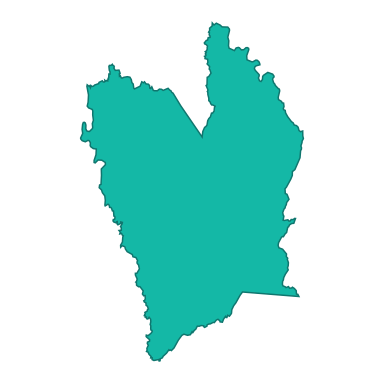 outline of Cavalcante, Goiás, Brazil
{"feature_id": "56859067B42451354994867", "entity_name": "Cavalcante", "entity_type": "district", "adm_level": 2, "iso_a3": "BRA", "parent_name": "Brazil", "parent_adm1": "Goiás", "projection": "equal_earth", "projection_center": [-47.734, -13.642], "detail": "fine", "context": "isolated", "style": "filled", "palette": "teal", "viewbox_px": 384, "rotation_deg": 0, "n_neighbors": 0, "source": "geoboundaries", "source_scale": "gbopen_adm2", "svg_char_len": 5894}
<svg xmlns="http://www.w3.org/2000/svg" viewBox="0 0 384 384"><path d="M227.8,27.1L222.1,26.9L220.2,25.1L216.3,23.2L214.0,25.0L212.3,23.0L212.1,26.0L209.6,28.2L209.7,30.4L208.6,32.2L209.4,32.7L209.2,34.8L210.0,36.0L210.0,37.4L208.2,37.6L207.6,40.1L206.3,40.4L204.3,42.9L204.7,43.9L206.2,44.6L207.5,46.0L207.1,48.0L207.3,49.0L206.5,50.8L205.2,51.7L206.2,52.7L205.3,53.9L206.0,55.0L205.7,55.8L204.5,56.3L205.3,57.5L205.0,58.6L207.6,59.3L207.9,62.3L207.1,63.9L209.6,66.6L209.2,69.1L209.9,69.8L211.0,73.1L208.7,76.6L207.2,77.3L207.0,84.8L206.1,85.5L207.8,89.5L207.9,90.4L207.3,91.6L207.8,92.2L207.9,94.7L208.8,98.2L208.8,100.7L210.1,102.0L210.7,103.7L211.8,105.0L212.6,104.9L215.1,106.2L214.4,107.7L214.1,111.1L212.5,113.2L211.5,113.1L210.4,116.9L208.8,118.6L207.7,120.7L207.0,125.0L205.9,126.5L204.6,127.4L202.8,131.5L202.1,137.0L180.6,105.6L173.0,93.1L171.8,92.4L170.8,90.6L169.8,90.2L168.1,88.3L163.1,90.4L161.6,89.3L159.4,89.1L157.3,90.8L154.3,90.7L153.3,90.4L151.8,86.8L150.6,88.5L149.9,88.3L149.5,85.5L148.4,84.2L146.0,83.9L144.5,81.8L143.5,82.8L141.8,81.8L140.1,86.2L134.5,88.9L133.8,88.2L133.2,84.0L131.9,82.6L131.3,79.6L129.9,77.2L127.4,76.7L123.8,77.3L122.2,78.1L121.3,77.9L120.2,75.6L119.5,76.2L119.3,73.8L120.1,73.3L119.0,70.1L115.3,70.4L113.8,68.1L114.3,66.9L113.7,65.6L112.8,65.3L112.3,64.3L111.3,65.3L109.4,65.4L108.9,66.4L109.3,70.3L110.0,71.7L110.0,74.1L108.9,74.0L108.7,77.8L108.1,78.3L108.5,79.2L107.7,79.9L107.7,80.9L106.6,80.5L105.9,81.1L104.9,80.3L105.1,81.4L104.2,82.0L103.3,82.0L102.3,80.8L99.0,82.4L98.7,83.6L94.7,85.0L93.4,86.2L91.9,86.5L90.9,85.5L90.4,87.6L89.6,85.8L89.0,86.3L87.2,84.8L86.9,86.3L88.5,94.9L88.1,102.3L87.2,106.1L88.6,107.9L92.3,109.5L92.8,111.2L92.7,114.9L93.4,120.3L92.3,123.6L92.7,127.4L92.4,128.6L89.4,131.5L87.5,131.2L86.7,130.8L85.8,128.8L85.9,125.1L85.3,123.0L84.4,122.3L83.3,122.5L82.6,124.5L82.1,129.4L82.7,133.4L80.6,138.1L80.9,139.2L82.2,140.7L85.3,141.8L88.0,140.4L89.2,140.7L90.4,142.8L90.2,145.6L90.7,146.7L93.3,148.6L96.3,149.0L96.0,154.7L94.1,160.4L94.1,162.5L95.2,162.9L98.1,160.0L101.8,160.2L105.3,162.5L105.4,164.7L101.3,169.0L101.5,175.3L101.0,184.4L99.6,185.0L99.2,187.7L101.5,189.9L102.4,192.7L104.8,195.9L105.3,200.3L104.9,205.1L105.2,205.9L108.0,204.2L109.2,205.2L109.6,207.4L110.7,207.4L111.5,208.2L112.4,210.9L113.5,211.0L113.9,216.1L114.7,216.4L115.0,217.6L114.6,219.4L113.3,219.5L113.0,220.9L113.8,222.0L116.2,222.9L116.5,221.7L117.3,221.5L117.3,224.2L117.9,224.8L120.7,223.4L120.8,221.9L122.4,222.4L122.1,223.8L120.5,226.7L121.3,227.6L121.3,230.2L119.0,230.5L120.3,232.2L119.8,233.9L121.5,233.4L122.4,235.2L123.3,235.8L122.8,236.9L122.4,242.1L120.6,245.2L120.7,247.2L122.2,245.7L124.4,246.6L125.1,247.3L125.3,248.8L127.2,251.7L132.3,254.5L133.0,256.8L135.9,257.5L137.6,260.7L137.0,262.0L137.2,263.4L138.5,264.9L139.4,268.9L136.8,273.4L135.4,273.3L135.4,275.0L137.2,279.0L136.5,281.4L135.8,282.1L136.4,282.5L136.6,285.3L138.6,286.8L140.0,286.7L143.2,290.9L142.4,294.0L143.7,295.8L145.1,295.6L145.3,298.8L144.6,300.5L143.8,300.8L144.3,302.0L145.9,302.8L146.1,305.4L147.4,306.2L148.4,309.0L147.5,309.5L147.1,311.2L144.9,312.4L145.3,313.3L144.3,315.6L145.1,315.8L145.2,317.1L146.4,317.1L146.3,318.0L147.1,319.0L148.1,318.8L149.1,317.3L150.6,319.2L150.8,321.7L150.2,324.6L150.8,325.8L150.7,328.9L151.0,330.1L151.9,330.4L152.2,331.6L150.9,333.4L148.1,335.6L146.3,335.1L146.1,336.3L146.5,337.0L149.6,339.7L149.5,341.2L147.5,342.1L147.3,343.6L148.3,345.3L146.9,348.3L147.1,350.3L146.5,351.5L148.1,352.1L149.0,354.3L151.1,356.5L150.7,357.9L152.2,357.9L152.1,359.6L153.9,360.5L158.9,359.5L159.0,360.9L159.8,361.0L160.2,360.1L160.1,358.9L162.4,357.8L163.1,356.3L166.5,353.2L168.9,349.8L169.4,350.4L170.4,350.0L171.4,350.6L174.0,348.0L178.3,340.2L181.8,335.4L183.9,334.2L187.5,335.3L190.4,334.7L192.1,331.7L192.8,332.6L194.5,330.1L195.6,329.5L197.3,326.2L199.4,326.2L201.1,325.5L203.7,325.8L203.8,326.7L204.6,327.4L206.9,326.2L207.1,324.9L208.5,324.1L210.3,323.9L213.2,322.4L214.3,322.6L216.4,320.0L218.0,319.3L219.8,320.8L220.1,321.9L222.4,322.2L223.6,319.1L225.5,316.4L226.2,317.5L226.9,317.5L227.6,315.3L229.4,316.2L231.0,314.1L231.5,313.2L231.8,309.7L233.7,305.7L235.8,302.9L240.1,295.2L242.5,292.0L298.9,296.5L297.8,294.3L296.5,294.1L296.2,290.6L294.4,288.5L292.4,287.2L291.7,288.0L289.5,288.2L288.5,286.6L286.0,287.6L285.1,286.7L283.0,285.9L282.4,284.3L282.6,281.4L283.4,279.8L283.7,277.7L285.3,274.3L288.2,269.9L287.5,267.9L288.2,265.7L288.4,262.6L287.3,259.4L287.7,258.2L286.3,256.6L286.5,254.0L282.6,249.2L278.9,247.8L278.1,245.3L278.6,242.6L281.5,237.2L282.7,236.5L283.4,236.7L285.1,233.9L286.6,232.5L287.7,227.3L288.6,226.8L289.5,224.9L291.7,223.5L293.8,223.3L295.5,218.5L294.6,218.4L293.2,219.6L291.2,219.5L290.1,221.0L289.0,221.1L287.9,219.8L284.1,220.5L283.1,220.2L283.9,216.1L283.3,215.4L282.7,212.6L284.0,209.1L285.1,207.9L285.3,206.5L286.3,204.7L286.6,202.6L289.0,199.3L287.0,194.3L285.3,193.5L285.0,188.8L286.4,187.2L290.7,179.3L292.3,175.5L292.4,171.6L294.9,169.6L300.0,157.8L300.6,150.7L301.4,149.2L301.5,147.7L300.9,146.0L302.0,142.6L302.1,141.1L303.4,138.6L302.8,136.0L302.7,131.0L300.5,131.7L299.0,130.5L298.1,127.2L296.5,125.6L294.2,125.0L293.2,122.9L291.4,121.6L287.7,116.7L285.6,112.9L285.2,110.4L283.6,109.7L283.3,108.5L284.0,106.6L283.6,103.1L282.2,102.9L281.5,101.4L278.5,99.6L278.2,97.3L279.7,90.9L279.5,89.7L279.1,88.9L278.3,88.6L275.2,85.3L274.9,84.2L273.6,82.7L272.6,79.3L272.9,78.2L274.0,77.0L274.0,76.1L272.6,74.1L267.8,72.4L263.5,75.3L262.7,76.4L262.4,79.5L261.0,81.5L259.5,80.8L258.4,78.0L259.2,75.8L259.1,74.6L255.3,70.4L254.4,68.7L254.8,67.0L256.2,65.8L259.9,64.8L259.7,63.5L258.9,61.7L257.3,60.3L255.9,60.1L252.8,61.8L251.8,61.8L247.0,59.8L246.7,55.7L248.8,49.6L248.6,48.3L247.4,47.6L246.0,47.7L243.7,49.7L241.4,49.9L239.4,47.8L238.3,47.4L236.1,48.0L234.4,50.6L229.1,48.2L228.5,45.8L228.8,40.8L227.8,37.2L229.5,30.5L229.4,29.1L227.8,27.1Z" fill="#14b8a6" stroke="#0f766e" stroke-width="1.5"/></svg>